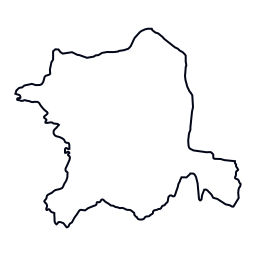 Concepción Las Minas, Chiquimula, Guatemala
{"feature_id": "79465075B28925037655820", "entity_name": "Concepción Las Minas", "entity_type": "district", "adm_level": 2, "iso_a3": "GTM", "parent_name": "Guatemala", "parent_adm1": "Chiquimula", "projection": "mercator", "projection_center": [-89.467, 14.489], "detail": "fine", "context": "isolated", "style": "outline", "palette": "ink", "viewbox_px": 256, "rotation_deg": 0, "n_neighbors": 0, "source": "geoboundaries", "source_scale": "gbopen_adm2", "svg_char_len": 5767}
<svg xmlns="http://www.w3.org/2000/svg" viewBox="0 0 256 256"><path d="M56.4,224.3L57.5,223.5L57.9,222.7L58.5,222.2L59.4,222.0L60.1,222.1L61.0,222.3L61.9,222.6L62.5,222.8L63.2,223.1L64.1,224.0L65.7,226.1L66.1,226.7L66.7,227.3L67.3,227.2L68.1,226.8L68.5,226.4L68.9,225.5L69.3,224.6L69.9,223.7L70.8,223.1L71.5,222.7L72.0,222.3L72.2,221.8L72.6,221.2L74.2,218.1L75.1,216.8L77.0,214.2L78.2,212.3L78.7,211.5L79.7,210.2L80.7,209.9L81.9,209.9L84.2,210.3L85.1,210.3L86.1,209.7L87.9,208.3L88.5,208.0L92.0,206.6L92.9,206.2L94.6,205.6L95.4,205.3L96.3,204.7L96.6,203.6L96.7,202.7L97.2,202.1L98.2,202.1L98.8,202.3L99.5,202.2L100.3,201.6L100.7,201.0L101.0,200.2L101.7,199.6L102.3,199.5L103.0,199.6L103.6,200.0L104.6,201.1L105.6,201.9L106.2,202.3L108.6,203.7L109.3,204.2L110.0,204.9L110.9,205.4L111.9,205.6L113.0,205.7L113.6,205.9L114.5,206.5L115.3,206.9L115.9,207.1L117.0,207.2L117.9,207.4L118.9,207.8L119.7,208.1L120.9,208.0L121.5,207.9L122.7,208.0L124.2,208.5L125.9,209.4L126.4,209.7L127.4,209.8L129.1,209.9L129.8,210.0L130.4,210.1L131.1,210.5L133.4,212.3L134.1,212.8L134.3,213.8L134.3,214.7L135.8,216.6L136.7,217.0L137.3,218.1L137.9,218.8L138.5,219.2L139.1,219.4L140.1,219.5L141.4,219.5L142.5,219.4L143.6,219.0L144.3,218.4L144.8,217.5L145.4,216.9L146.3,216.5L147.3,216.4L147.8,216.4L148.7,216.3L149.4,216.0L150.4,215.0L152.4,213.8L153.0,212.9L153.0,212.3L153.0,211.7L153.4,211.1L154.2,210.4L154.8,210.2L156.4,209.9L157.4,209.6L158.0,209.2L158.8,209.0L159.8,208.9L160.5,208.7L161.1,208.0L162.0,206.4L162.6,205.8L164.5,205.2L165.2,204.5L165.5,203.8L166.2,203.2L166.9,202.6L167.3,202.2L167.7,201.5L168.0,199.8L168.4,197.2L168.8,196.6L169.4,196.0L170.0,195.5L170.8,195.4L171.5,195.5L172.1,195.9L173.1,196.4L173.9,196.3L174.5,196.0L174.8,195.5L175.1,194.8L175.3,194.2L176.9,189.4L177.4,188.2L177.8,186.8L178.4,184.2L178.6,183.6L179.8,181.4L180.2,180.1L180.5,179.4L181.5,177.3L186.5,177.4L189.8,174.3L190.3,173.5L193.4,173.6L194.7,174.6L196.0,177.0L197.6,183.3L199.0,199.0L199.9,200.3L200.4,200.4L201.1,199.9L201.5,199.3L201.6,198.7L202.1,195.2L204.2,189.7L206.1,189.6L207.4,190.4L211.5,194.6L212.4,196.4L213.3,197.8L217.3,198.9L225.8,204.4L229.4,205.1L232.2,206.6L233.4,206.6L238.7,198.0L238.2,193.0L238.5,189.8L239.1,187.7L240.1,186.6L240.6,184.4L240.5,183.7L239.8,183.2L239.4,182.4L239.0,181.5L238.7,180.7L238.3,179.9L237.8,179.5L237.0,179.1L236.3,178.9L235.5,178.5L235.1,178.1L235.0,177.3L235.8,175.7L235.9,174.9L236.0,173.9L235.9,172.9L236.1,172.0L236.4,171.3L237.1,170.8L237.9,170.2L238.1,169.6L237.2,168.0L236.7,167.2L236.2,166.6L236.0,165.4L236.1,164.5L235.7,163.9L235.2,163.6L234.9,162.7L235.0,161.2L224.4,160.1L220.6,159.0L214.3,158.8L213.4,158.0L213.2,154.5L212.4,153.5L210.7,152.1L206.2,152.2L193.4,150.4L190.0,148.7L189.0,147.4L188.5,145.3L188.2,140.5L189.0,133.6L190.4,129.8L190.4,127.3L192.0,111.8L193.0,107.1L192.3,95.4L190.8,92.8L189.7,91.7L187.3,86.7L185.5,80.1L185.0,76.0L185.8,66.5L186.3,65.8L186.1,63.6L185.7,61.7L185.7,55.6L184.8,54.3L182.7,52.2L179.8,50.6L177.8,48.7L175.0,47.4L164.2,38.9L162.3,36.7L161.6,36.2L158.2,33.4L155.5,32.6L153.1,30.8L152.6,30.3L152.1,29.8L151.8,28.8L148.0,28.7L145.2,29.3L141.2,31.1L139.6,32.4L134.5,38.1L130.7,46.2L128.4,48.7L124.2,50.1L118.7,51.0L117.9,51.6L113.2,52.1L107.2,52.0L102.0,52.9L100.3,54.0L98.4,55.1L95.6,55.4L93.8,56.6L87.0,57.8L79.1,55.0L77.5,54.9L72.0,52.2L62.8,53.6L60.5,52.2L58.5,49.5L55.4,49.3L53.1,51.3L53.1,59.6L51.4,62.3L49.9,69.7L50.2,73.8L49.2,74.7L45.7,75.8L44.6,77.0L43.3,81.8L41.8,84.1L39.9,85.0L35.8,85.1L31.9,83.9L24.4,85.5L23.1,86.6L21.9,87.5L20.3,87.6L18.6,88.3L16.4,90.5L15.4,93.8L16.9,94.3L18.0,94.6L18.9,94.9L19.8,95.4L20.3,96.4L20.4,97.0L20.3,97.9L19.2,98.1L18.2,98.2L17.6,98.3L17.1,99.2L17.4,99.9L18.5,100.1L19.1,100.1L20.2,100.5L20.8,100.7L21.5,100.9L22.4,100.9L23.0,100.7L23.7,100.4L24.3,100.2L25.4,100.3L26.7,100.7L27.4,100.8L29.1,101.1L29.9,101.4L31.0,101.8L31.9,102.0L33.1,102.1L34.7,101.8L37.2,101.9L38.2,102.2L38.9,102.8L39.4,103.4L40.2,104.8L41.6,106.8L44.0,109.5L44.5,109.9L45.0,110.4L45.5,110.8L46.5,111.6L47.2,112.2L47.6,113.1L47.3,113.8L47.0,114.2L46.1,115.0L44.7,116.0L44.1,116.7L44.1,117.5L44.5,118.1L45.3,118.6L45.9,119.1L46.4,119.7L46.3,120.6L45.6,121.3L45.4,122.2L45.5,122.7L46.1,122.9L47.4,122.9L50.5,122.4L51.6,122.4L52.4,122.7L53.2,123.3L53.7,123.5L55.5,123.7L56.2,123.8L56.9,123.8L57.7,124.1L58.3,124.4L58.9,124.9L56.2,128.0L55.2,128.9L54.4,129.7L53.9,130.5L53.6,131.3L53.6,132.6L53.7,133.5L54.2,134.5L54.6,135.0L55.4,135.8L56.6,136.3L57.2,136.5L58.3,136.7L59.5,137.1L60.1,137.3L62.0,138.2L62.8,138.7L63.5,139.2L64.3,140.1L65.1,142.0L65.7,142.4L66.6,142.8L67.3,142.9L68.1,142.9L68.8,143.3L69.1,144.1L69.3,144.8L69.4,148.9L68.4,149.1L67.5,148.7L66.7,148.1L66.0,148.0L65.5,148.3L65.1,149.0L65.0,149.6L65.0,152.1L65.0,152.7L65.9,152.9L66.7,152.4L67.1,152.1L67.6,151.8L68.5,151.9L69.2,152.4L69.4,153.0L68.2,154.2L68.0,154.9L68.3,155.4L69.5,156.3L69.9,157.3L69.9,157.9L69.7,158.6L69.6,159.5L69.3,160.4L68.7,161.7L66.9,165.8L65.7,168.3L65.5,169.0L65.5,169.6L65.6,170.5L66.0,171.3L66.5,171.6L67.1,171.9L67.6,172.7L67.5,174.1L67.4,175.4L67.4,176.7L67.2,177.8L66.8,179.0L66.6,179.7L65.7,181.6L65.3,182.2L64.9,182.7L63.9,184.6L63.6,185.3L63.4,185.9L63.1,186.6L62.5,187.5L62.0,188.1L61.2,188.5L60.2,188.9L57.2,189.7L56.3,189.8L55.6,190.0L55.1,190.2L53.7,191.2L52.6,192.1L52.0,192.6L51.5,193.0L50.7,193.3L50.0,193.7L48.8,194.3L47.8,194.9L47.1,195.5L46.8,196.3L46.6,197.4L46.3,198.6L44.6,200.6L44.3,201.3L44.9,202.4L46.2,203.6L46.7,204.5L47.0,205.3L47.1,206.3L46.8,207.1L46.5,207.9L46.3,208.7L46.3,209.5L46.7,210.0L47.5,209.9L48.1,209.4L48.9,209.2L49.6,209.6L50.1,210.6L50.6,211.2L51.2,211.8L52.1,212.3L52.8,212.5L53.5,212.7L54.3,213.0L54.4,214.0L54.3,214.7L54.3,215.2L54.5,217.2L54.5,218.2L54.6,220.9L54.7,221.8L55.3,223.1L56.4,224.3Z" fill="none" stroke="#020617" stroke-width="2"/></svg>